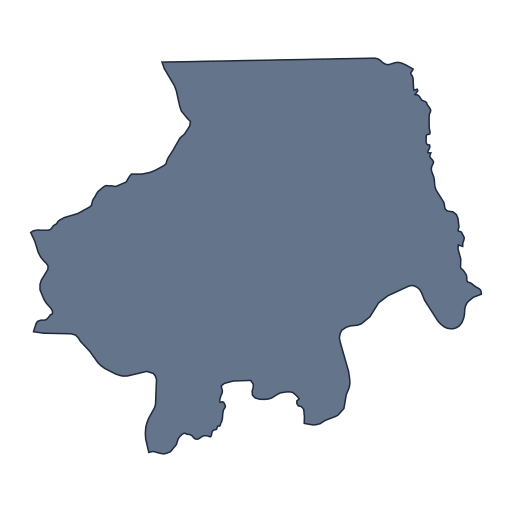 map outline of Uíge (Robinson projection)
{"feature_id": "AGO-1881", "entity_name": "Uíge", "entity_type": "Province", "adm_level": 1, "iso_a3": "AGO", "parent_name": "Angola", "parent_adm1": "", "projection": "robinson", "projection_center": [15.52, -7.131], "detail": "fine", "context": "isolated", "style": "filled", "palette": "slate", "viewbox_px": 512, "rotation_deg": 0, "n_neighbors": 0, "source": "natural_earth", "source_scale": "10m", "svg_char_len": 5017}
<svg xmlns="http://www.w3.org/2000/svg" viewBox="0 0 512 512"><path d="M374.6,58.1L378.1,58.9L380.5,60.5L382.6,62.5L385.6,64.2L387.8,64.7L389.9,64.3L394.3,62.9L397.0,62.4L399.4,62.5L401.9,63.2L407.0,65.5L408.0,66.2L413.1,69.0L412.6,70.3L410.8,72.8L410.8,73.7L412.1,75.7L412.8,77.3L413.1,78.8L413.6,88.5L414.0,90.2L414.8,90.1L416.1,89.4L417.3,89.2L417.8,90.8L415.0,94.6L417.7,94.9L419.3,96.3L421.6,99.9L423.2,100.8L425.1,101.5L426.5,102.5L427.2,104.6L429.5,107.6L430.7,110.0L430.4,112.0L429.4,114.0L429.1,116.5L429.2,127.9L429.4,129.2L429.8,130.7L430.1,132.2L429.9,133.7L429.2,134.3L427.9,134.4L426.7,134.9L426.2,136.4L426.1,142.4L426.3,143.0L427.1,144.4L428.0,145.0L428.9,144.8L429.6,145.0L429.9,147.0L429.1,149.1L427.9,151.2L427.9,152.7L430.9,152.9L430.0,155.1L430.0,156.9L430.9,158.3L432.3,159.8L433.5,161.6L433.4,163.0L431.8,166.3L431.3,169.0L431.7,171.5L433.7,176.7L434.3,179.4L434.7,185.1L435.3,187.9L436.3,190.4L443.8,202.3L444.4,204.6L444.6,206.9L445.2,208.9L446.8,210.6L448.2,211.2L451.5,211.6L453.1,211.9L456.4,214.6L458.0,218.4L459.0,227.2L458.7,227.9L458.2,229.3L458.2,230.8L459.5,231.4L461.0,231.8L461.9,232.8L462.4,234.0L463.1,235.2L464.3,237.9L463.8,240.3L462.8,243.0L462.7,246.4L458.3,245.0L458.0,248.9L460.8,259.0L460.5,267.3L461.2,268.7L462.6,269.6L464.2,271.6L466.4,275.1L466.8,277.6L466.8,280.0L467.4,281.8L471.0,283.1L475.7,286.8L479.2,288.7L480.7,290.2L481.3,292.6L481.3,294.3L481.2,294.3L480.9,294.4L473.5,297.2L468.4,301.3L466.8,303.3L465.4,306.2L464.8,309.1L464.4,314.8L463.7,318.2L461.9,322.7L459.1,326.1L456.1,327.9L453.0,328.8L449.8,328.7L446.8,328.1L443.8,326.6L440.9,324.3L438.0,321.2L424.6,300.3L421.6,292.9L419.7,289.6L417.0,287.2L414.2,285.9L411.9,285.5L409.0,286.0L387.8,295.8L378.6,302.9L369.9,316.8L361.4,323.8L357.6,325.2L350.5,325.9L346.3,327.2L341.6,330.4L340.0,334.1L339.4,338.0L340.1,341.7L348.6,371.5L349.7,379.2L349.9,382.9L349.5,386.2L348.7,388.9L346.3,394.6L343.9,408.5L338.1,415.0L335.7,416.4L325.2,420.4L320.3,423.6L316.2,424.7L312.7,424.9L304.2,423.4L304.4,416.7L303.7,409.2L301.2,406.5L298.3,405.9L296.8,403.5L296.9,400.7L299.0,399.2L299.1,398.9L298.6,398.1L296.6,395.8L293.3,392.8L292.7,392.4L289.9,391.9L286.5,391.9L280.3,392.9L277.4,394.4L271.8,397.9L268.6,399.0L264.8,399.4L259.8,399.3L255.2,398.0L252.4,395.1L252.1,391.2L253.1,387.7L253.3,384.2L250.6,380.4L248.2,380.5L233.3,381.0L224.4,383.4L221.2,385.9L222.4,390.8L222.2,393.0L221.8,393.6L220.7,396.4L219.8,399.8L219.8,401.4L220.1,402.3L220.7,402.3L222.0,401.8L222.7,401.7L223.4,402.3L224.2,403.2L225.1,405.1L225.3,406.2L225.2,407.2L224.5,408.5L223.5,409.9L222.8,413.5L222.4,418.7L221.9,420.8L221.4,422.2L220.9,422.9L220.3,425.0L220.0,425.8L219.4,426.1L218.7,426.0L218.1,426.1L217.8,426.2L216.9,428.0L216.7,429.0L216.3,429.4L215.6,429.7L214.4,429.8L213.5,430.2L212.5,431.2L212.1,432.1L211.8,433.0L211.3,435.7L210.9,436.4L210.3,436.8L209.3,436.6L207.8,436.0L207.1,435.8L204.5,435.7L203.3,436.0L202.1,436.5L199.0,438.6L197.9,439.1L197.0,439.2L195.5,439.0L194.6,438.6L193.9,438.0L193.4,437.5L193.0,436.9L192.6,436.3L192.1,435.8L190.8,435.1L189.5,434.5L188.6,434.3L187.6,434.4L186.8,434.2L185.6,433.5L184.9,433.3L184.1,433.3L183.1,433.7L181.9,434.5L180.0,436.4L178.9,437.7L178.0,439.2L176.6,444.0L175.7,445.5L173.9,447.5L171.7,450.2L171.4,450.7L170.5,451.5L169.9,452.0L166.2,453.4L164.0,453.9L162.3,453.7L157.9,452.8L154.6,451.7L152.7,451.5L148.8,452.4L145.7,439.2L145.3,433.4L145.8,426.9L147.0,422.6L148.6,418.4L154.4,408.0L155.5,404.5L156.5,379.3L155.2,375.8L153.2,373.4L146.7,371.4L127.4,376.0L122.9,376.1L119.7,375.4L115.6,374.0L105.0,368.6L101.1,365.8L97.9,362.7L89.9,351.5L80.3,341.2L78.4,337.9L75.5,335.1L71.1,333.8L43.4,333.2L33.5,331.7L36.1,323.5L37.5,321.4L40.4,320.3L41.2,320.1L44.0,320.2L45.7,319.8L46.6,319.3L47.3,318.7L49.5,316.1L50.4,314.7L52.0,314.2L52.5,313.1L52.5,312.4L52.3,310.7L50.9,308.3L46.1,302.9L43.9,299.3L40.0,289.8L40.0,284.4L41.3,280.2L47.9,269.3L48.0,266.0L46.2,263.2L43.6,260.7L40.7,257.1L38.3,252.6L34.7,241.0L30.7,232.5L33.3,230.8L36.9,230.1L38.1,230.0L38.9,230.0L40.2,230.2L47.5,230.2L49.3,229.9L50.4,229.5L51.9,227.9L52.7,226.6L53.2,225.9L54.0,225.3L56.1,224.1L56.7,223.6L57.7,221.8L58.1,221.3L59.9,219.9L64.5,217.5L70.2,215.8L77.8,213.5L90.0,206.8L91.3,205.6L92.6,200.7L93.2,199.4L93.7,198.5L94.9,196.9L95.3,196.2L95.6,195.4L96.5,193.8L98.0,191.5L103.5,186.9L104.9,186.1L105.5,185.8L106.3,185.6L107.1,185.6L108.6,185.9L109.4,185.9L111.0,185.8L111.8,185.8L114.2,186.3L115.2,186.4L116.2,186.3L125.0,182.5L125.8,182.1L126.4,181.6L129.2,176.8L131.3,174.1L141.9,174.1L150.0,172.4L155.5,170.2L164.0,165.5L166.0,163.8L166.7,161.1L168.2,157.7L173.7,149.2L174.0,148.4L179.9,138.2L180.6,137.5L183.8,134.7L184.6,133.9L189.6,126.2L190.5,121.5L187.8,118.9L181.3,111.0L179.6,105.8L176.3,90.8L174.4,85.7L164.4,68.8L162.0,62.1L167.1,62.0L179.6,61.8L192.1,61.6L204.5,61.3L217.0,61.1L229.5,60.9L241.9,60.6L254.4,60.4L266.9,60.2L279.3,59.9L291.8,59.7L304.3,59.5L316.7,59.2L329.2,59.0L341.7,58.7L345.3,58.7L354.1,58.5L366.6,58.3L374.6,58.1Z" fill="#64748b" stroke="#1e293b" stroke-width="1.5"/></svg>